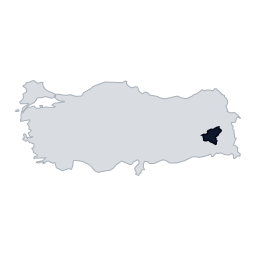 Bitlis on a map of Turkey (Mercator projection)
{"feature_id": "TUR-2311", "entity_name": "Bitlis", "entity_type": "Province", "adm_level": 1, "iso_a3": "TUR", "parent_name": "Turkey", "parent_adm1": "", "projection": "mercator", "projection_center": [42.405, 38.524], "detail": "fine", "context": "in_parent", "style": "filled", "palette": "ink", "viewbox_px": 256, "rotation_deg": 0, "n_neighbors": 0, "source": "natural_earth", "source_scale": "10m", "svg_char_len": 4432}
<svg xmlns="http://www.w3.org/2000/svg" viewBox="0 0 256 256"><path d="M201.7,89.7L205.4,91.0L206.6,90.0L210.0,90.1L213.0,90.9L214.6,88.7L216.8,88.9L217.2,90.1L218.2,90.5L221.3,93.3L220.9,93.6L221.7,94.6L224.4,95.3L224.6,96.8L226.7,98.9L227.8,102.1L227.1,104.4L226.0,105.8L227.6,110.7L227.1,111.3L230.3,112.9L234.4,112.6L235.7,113.3L239.7,117.1L240.6,118.6L237.9,116.8L236.4,118.3L235.6,122.1L231.3,122.7L232.0,125.2L233.1,126.3L232.7,128.6L233.0,129.5L234.2,131.0L234.0,133.0L234.5,135.2L234.5,137.7L236.3,138.5L235.5,139.7L233.5,144.9L233.6,145.3L235.0,145.4L238.0,147.8L237.4,148.6L237.8,151.9L240.4,154.1L239.9,155.1L240.0,156.2L238.2,155.7L234.3,158.7L233.9,158.6L233.4,157.6L233.3,154.7L232.4,153.9L231.2,153.7L229.1,155.0L227.2,155.0L225.3,154.7L220.3,152.9L218.5,153.5L216.6,152.9L212.9,156.4L211.7,156.7L211.2,155.0L209.9,154.0L208.2,155.3L201.8,157.0L198.8,157.3L195.2,156.7L192.3,156.9L184.2,160.9L176.4,163.0L169.5,162.9L165.7,160.4L162.7,159.8L153.8,163.6L149.4,163.4L148.0,161.9L144.7,161.2L143.9,162.7L143.2,166.3L144.4,169.6L142.5,169.8L141.3,170.5L141.0,172.9L139.3,173.9L138.7,175.4L138.4,175.4L135.6,174.2L136.4,173.0L134.7,168.5L135.5,167.1L139.1,163.4L139.0,161.2L137.5,159.7L132.9,162.4L132.5,163.4L131.5,164.3L129.8,164.6L121.7,161.0L116.9,164.2L112.8,168.7L109.8,170.3L100.8,171.6L99.2,172.5L96.1,171.5L94.3,170.3L90.1,165.2L82.2,161.3L73.9,160.3L73.2,161.3L72.9,165.3L71.6,169.0L70.9,169.4L69.0,168.5L62.7,170.7L57.2,168.3L56.2,167.2L55.0,162.8L54.2,162.5L53.3,163.1L52.4,163.1L48.5,161.2L46.4,161.1L45.1,163.0L43.0,163.7L43.0,163.2L43.8,162.0L40.5,162.2L38.7,163.1L36.4,162.6L36.5,162.1L38.4,161.5L42.8,160.8L45.6,157.9L35.1,158.1L34.1,158.7L34.0,157.2L34.6,156.5L37.3,155.9L37.1,154.7L35.4,153.3L33.6,152.6L32.8,149.4L31.8,148.6L31.9,148.2L33.7,147.6L34.0,145.3L33.8,143.8L30.4,142.6L29.6,142.7L28.8,141.4L27.3,140.5L26.1,141.3L22.7,139.4L23.3,138.0L24.2,138.0L24.3,136.9L23.6,135.1L23.7,134.2L24.4,133.9L25.3,134.1L26.2,135.2L26.3,137.2L27.2,138.5L27.8,137.2L29.4,137.9L32.2,137.3L32.7,136.7L30.7,136.8L29.9,136.3L28.2,132.9L30.0,131.9L31.2,130.2L28.8,129.1L29.3,126.7L27.3,124.0L30.0,120.6L29.8,120.1L29.0,119.9L20.6,121.4L20.4,119.8L21.1,118.5L21.0,115.2L21.4,113.4L22.9,112.8L24.8,110.2L27.9,107.1L31.2,107.1L32.5,106.3L34.4,106.2L34.9,107.4L36.6,108.3L39.6,108.2L41.0,107.4L39.6,105.8L41.3,105.3L42.7,105.7L41.9,107.4L42.3,107.5L46.2,107.0L50.2,107.4L54.6,107.2L55.2,106.7L52.1,105.0L54.1,103.5L55.2,103.2L64.5,101.8L64.5,101.5L58.8,100.7L55.9,98.7L55.1,97.6L55.7,95.0L56.3,94.3L58.3,94.2L65.4,95.4L70.4,94.7L75.8,96.4L81.1,96.1L82.2,95.3L83.5,92.8L90.9,88.5L93.5,86.3L105.0,82.0L122.2,82.7L125.2,81.0L127.0,81.6L126.5,82.7L126.6,83.8L128.6,86.3L131.7,87.8L136.0,86.6L137.5,87.1L139.0,91.1L141.7,93.5L142.9,93.7L144.5,92.2L146.1,92.1L148.6,93.5L149.4,94.9L157.7,96.5L159.4,97.7L164.9,98.9L177.2,96.1L181.7,98.0L185.5,98.6L187.1,98.4L192.1,96.1L193.6,94.8L196.7,93.7L200.6,91.1L201.7,89.7ZM43.0,82.5L42.6,84.3L43.4,86.3L45.1,89.1L46.9,90.5L55.2,94.2L54.0,97.6L52.0,98.2L44.8,96.5L41.9,97.9L39.8,97.6L36.9,98.2L36.1,100.3L34.1,102.6L28.3,105.6L23.1,111.3L21.6,112.1L22.3,110.1L22.2,108.4L24.5,106.4L27.7,104.8L28.6,103.6L20.5,103.8L19.7,102.0L20.5,101.7L23.1,98.5L23.4,97.2L23.1,94.0L26.3,92.2L26.6,91.5L26.1,88.3L23.0,86.5L23.1,85.6L25.3,84.8L26.5,82.6L29.7,82.2L31.2,81.1L33.9,80.6L37.3,83.3L41.4,82.3L43.0,82.5ZM18.9,111.1L16.2,111.6L15.4,111.1L16.2,110.2L18.3,109.6L19.0,110.5L18.9,111.1Z" fill="#d9dde1" stroke="#a8b0b8" stroke-width="1"/><path d="M213.1,129.5L214.0,129.1L214.9,128.4L215.4,128.1L215.9,128.0L216.4,127.7L216.8,127.4L218.9,126.9L218.9,128.1L219.3,128.8L220.7,129.7L221.2,130.4L220.8,131.5L220.0,132.2L219.3,132.9L218.2,134.5L218.0,134.9L217.8,135.4L217.0,135.9L215.8,136.6L215.6,136.8L215.5,137.5L215.5,137.8L216.0,138.7L216.0,138.9L216.0,139.3L215.9,139.8L216.1,140.6L216.8,140.8L216.4,141.8L216.3,142.0L216.2,142.2L216.2,142.6L216.2,143.1L216.2,143.8L215.8,144.3L215.4,144.3L214.6,143.8L213.4,143.1L212.6,142.6L212.1,142.3L211.3,142.1L210.4,141.8L209.7,141.2L209.0,140.5L208.2,140.1L207.2,140.5L206.2,140.8L204.9,140.7L203.7,140.2L203.7,139.9L203.7,139.5L203.7,139.0L203.7,138.4L203.4,137.6L203.0,135.6L202.0,135.2L203.9,134.3L205.9,134.5L206.8,134.0L207.4,133.2L207.9,132.8L207.9,132.2L207.5,131.6L207.7,131.0L208.7,131.1L209.0,130.8L209.1,130.1L209.4,130.0L209.9,129.9L210.4,129.7L210.7,129.4L211.1,129.3L213.1,129.5Z" fill="#0f172a" stroke="#020617" stroke-width="1.5"/></svg>